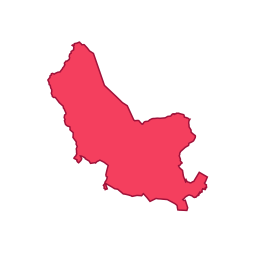 Līdumnieku pag., Ciblas, Latvia, rotated 340°
{"feature_id": "27541924B2315462302714", "entity_name": "Līdumnieku pag.", "entity_type": "district", "adm_level": 2, "iso_a3": "LVA", "parent_name": "Latvia", "parent_adm1": "Ciblas", "projection": "orthographic", "projection_center": [28.057, 56.586], "detail": "fine", "context": "isolated", "style": "filled", "palette": "rose", "viewbox_px": 256, "rotation_deg": 340, "n_neighbors": 0, "source": "geoboundaries", "source_scale": "gbopen_adm2", "svg_char_len": 5620}
<svg xmlns="http://www.w3.org/2000/svg" viewBox="0 0 256 256"><g transform="rotate(340 128 128)"><path d="M72.9,109.9L74.7,113.2L74.8,113.4L74.9,113.7L73.4,117.5L73.1,117.7L73.1,118.1L73.2,118.5L74.4,122.6L74.6,122.9L74.5,123.7L74.1,124.7L73.7,125.4L73.7,125.7L73.9,127.0L73.9,127.4L74.0,127.9L74.0,128.0L73.1,129.0L72.7,129.4L72.5,129.5L72.4,129.7L72.2,130.1L71.9,131.7L71.3,133.3L71.0,134.7L70.8,135.1L70.1,135.6L69.4,136.4L68.4,136.8L67.2,137.5L67.0,137.8L67.0,138.0L66.9,138.1L69.2,140.6L68.7,141.3L69.0,142.7L69.7,143.8L72.1,142.7L73.0,142.1L74.0,141.1L73.7,138.0L74.7,138.5L76.8,140.6L77.1,140.9L77.5,141.8L77.3,142.2L80.2,145.8L80.7,148.4L85.4,149.4L85.6,149.8L87.2,149.0L90.6,148.6L93.8,152.0L96.6,156.4L95.4,158.1L93.3,161.1L91.2,164.4L91.1,165.0L91.0,166.2L91.8,167.0L90.7,168.6L89.8,169.6L88.6,170.5L88.1,170.8L88.0,171.0L87.3,171.9L86.9,172.5L85.3,173.4L85.4,173.6L85.6,174.0L85.4,175.3L84.9,176.5L85.6,177.1L85.5,178.1L87.7,178.1L87.7,173.9L88.2,172.8L88.3,172.8L92.3,177.4L94.7,180.5L97.4,182.0L101.0,188.3L102.7,189.2L105.6,191.1L108.0,192.9L108.3,193.5L108.7,193.7L113.4,194.4L117.4,196.2L117.6,196.3L119.7,195.2L119.9,194.9L120.0,194.9L122.1,200.0L122.9,202.5L123.6,204.5L130.2,203.8L132.2,204.9L134.1,205.7L140.5,208.7L146.1,215.0L146.7,215.9L147.6,217.5L147.5,218.7L147.3,219.0L146.8,222.0L148.6,222.9L149.7,223.3L155.1,225.6L156.8,223.4L157.1,215.5L155.8,215.3L155.0,214.0L157.2,213.1L158.2,212.5L158.9,212.3L161.5,211.8L162.7,211.9L163.2,212.3L164.8,213.5L165.9,215.3L166.6,216.0L167.7,216.1L168.1,216.3L169.5,215.5L169.9,215.5L170.5,215.1L171.2,215.5L171.5,215.4L171.7,215.0L171.6,214.9L171.5,214.7L172.1,214.6L172.4,214.2L172.1,213.9L172.4,213.7L172.6,213.6L172.9,213.3L173.1,213.3L173.4,212.8L173.6,212.9L173.5,213.6L173.7,213.8L174.3,213.3L174.7,213.2L174.8,213.2L175.2,213.4L175.4,213.5L175.8,213.4L175.9,213.2L175.8,212.6L176.5,211.5L176.9,211.4L177.4,210.6L177.7,210.6L178.0,210.9L178.1,211.2L178.2,211.4L178.6,211.4L178.8,211.5L179.1,211.9L179.2,212.2L179.3,212.3L179.7,212.2L179.8,212.1L179.9,211.8L179.8,211.5L179.7,211.5L179.7,211.4L179.7,211.2L179.9,210.8L180.2,210.6L180.7,210.7L180.8,210.9L180.9,211.0L181.4,210.9L181.5,210.8L181.6,210.5L181.5,210.3L181.8,209.7L181.7,209.3L181.9,209.1L182.0,208.6L182.2,208.2L181.8,207.7L181.5,207.3L181.0,206.1L181.0,205.9L182.2,205.1L185.8,201.2L179.8,194.0L171.5,200.7L170.5,200.6L168.4,201.0L168.0,200.9L167.5,200.7L166.7,199.8L166.0,199.4L165.3,198.6L165.1,198.0L164.9,196.4L164.7,196.6L164.2,197.8L164.3,198.0L164.0,198.3L163.7,198.4L163.7,197.8L163.6,196.5L163.7,195.0L163.6,194.3L163.6,192.6L163.7,191.7L163.8,191.3L164.1,189.5L164.3,189.0L164.3,188.4L164.6,187.2L164.7,186.5L164.6,186.3L164.3,185.7L163.0,183.3L162.7,181.9L162.5,180.9L162.6,180.7L164.3,180.6L164.6,180.5L165.3,179.7L166.3,179.6L166.7,179.5L166.8,179.3L166.9,179.0L166.8,178.8L166.1,177.5L166.0,176.5L166.1,176.3L166.4,175.6L166.6,175.2L166.6,171.7L166.9,171.3L167.4,170.8L167.5,170.6L167.7,170.0L168.0,169.4L169.3,168.2L169.6,168.0L175.0,165.8L175.8,165.6L178.2,165.2L178.8,165.1L179.3,164.7L179.5,164.3L179.5,163.9L179.6,163.7L179.9,163.3L180.1,163.2L183.3,162.9L185.1,162.5L186.1,161.7L187.9,160.0L188.4,159.0L188.6,158.6L188.6,158.3L188.5,157.9L188.2,157.6L186.9,155.4L186.1,154.0L185.9,153.6L186.0,153.2L186.3,152.2L186.5,151.3L185.8,148.0L185.9,147.4L186.4,145.9L186.6,144.6L187.1,143.2L187.8,142.1L189.1,141.0L188.8,140.9L188.3,140.3L187.4,138.9L186.6,138.6L186.1,137.9L185.8,137.7L185.1,137.4L184.7,137.0L184.7,136.9L185.0,135.4L185.0,134.9L184.8,134.5L181.7,132.3L181.4,132.1L180.7,131.4L180.3,131.4L179.3,130.9L179.0,130.9L178.8,130.7L178.3,130.7L178.0,130.8L177.9,131.0L177.3,131.0L176.8,130.7L176.2,131.0L175.9,130.6L175.5,130.5L175.4,130.3L175.5,130.2L175.2,130.1L174.8,130.1L174.4,130.1L174.1,130.3L173.9,130.5L173.3,130.6L173.0,131.0L172.1,131.4L170.6,131.0L169.2,130.7L168.1,130.9L167.2,131.1L166.0,131.1L164.6,130.7L161.6,129.9L160.5,129.5L159.5,129.0L157.8,128.5L156.5,128.2L155.3,127.8L155.0,127.7L153.9,127.5L151.0,127.8L150.2,128.2L149.4,128.5L148.3,128.3L146.4,127.8L145.7,127.9L144.9,128.1L144.6,128.3L143.4,129.3L143.1,129.4L142.6,128.8L142.2,128.8L141.4,126.7L141.1,126.2L141.0,125.6L140.6,124.7L139.9,124.3L137.8,123.7L136.8,123.5L136.6,123.0L136.2,122.7L136.1,122.1L134.9,106.8L131.4,102.2L127.7,94.5L120.4,79.9L120.5,73.5L121.0,46.1L118.2,42.4L117.1,38.9L115.4,34.9L115.1,34.6L113.0,33.9L112.7,32.6L112.1,31.8L112.0,31.0L111.8,30.7L111.5,30.6L109.4,30.8L106.5,30.4L106.4,30.4L105.8,31.6L104.3,31.0L103.6,31.0L103.8,31.1L103.7,31.2L104.7,32.3L104.8,32.8L104.6,34.0L103.8,35.3L103.7,35.9L103.4,36.0L100.9,36.6L100.6,36.8L100.5,37.0L100.4,37.4L100.3,38.1L100.1,38.2L99.1,38.4L98.7,38.6L98.2,39.1L97.2,40.7L97.2,41.8L96.3,43.4L93.5,44.3L92.7,43.9L90.5,45.2L90.2,46.0L90.3,46.6L90.3,46.9L90.2,47.0L89.1,48.0L88.7,48.4L88.4,48.6L87.5,49.0L86.3,50.1L83.9,51.6L83.6,51.9L83.3,52.0L81.0,51.6L78.1,51.8L77.5,52.1L77.2,52.1L76.8,51.8L75.9,50.9L74.7,50.8L74.3,51.1L74.1,51.9L73.9,52.1L72.7,52.2L72.6,52.3L71.8,54.0L71.7,54.1L71.3,54.1L69.1,55.5L69.3,58.2L69.3,58.5L68.9,59.7L68.8,60.3L69.4,61.1L69.5,61.3L69.3,62.6L69.1,63.8L69.1,64.1L69.2,64.7L69.4,65.6L69.2,66.4L68.6,68.1L68.2,68.4L67.8,69.2L67.8,69.7L67.9,71.8L67.7,72.3L67.8,72.6L68.5,73.8L68.8,74.0L69.6,74.2L70.2,74.5L71.5,78.7L72.1,80.7L74.0,84.3L74.5,85.0L74.4,85.9L74.4,86.3L74.1,87.0L74.5,88.0L74.8,92.8L74.6,93.2L74.0,93.9L73.1,94.0L72.9,94.1L71.7,96.2L71.6,96.3L71.7,97.9L71.8,98.3L71.7,98.7L71.1,99.0L70.8,99.3L70.6,101.9L70.5,103.0L70.6,103.5L71.7,105.4L72.4,105.9L73.6,106.8L73.8,107.1L73.5,108.3L73.1,109.5L72.9,109.7L72.9,109.9Z" fill="#f43f5e" stroke="#9f1239" stroke-width="1.5"/></g></svg>